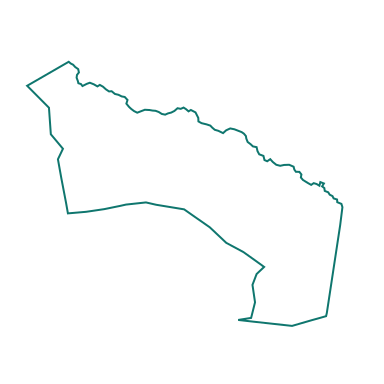 Capitão de Campos, Piauí, Brazil, rotated 351°
{"feature_id": "56859067B28975219181336", "entity_name": "Capitão de Campos", "entity_type": "district", "adm_level": 2, "iso_a3": "BRA", "parent_name": "Brazil", "parent_adm1": "Piauí", "projection": "mercator", "projection_center": [-41.893, -4.526], "detail": "fine", "context": "isolated", "style": "outline", "palette": "teal", "viewbox_px": 384, "rotation_deg": 351, "n_neighbors": 0, "source": "geoboundaries", "source_scale": "gbopen_adm2", "svg_char_len": 1807}
<svg xmlns="http://www.w3.org/2000/svg" viewBox="0 0 384 384"><g transform="rotate(351 192 192)"><path d="M61.6,112.9L71.3,129.1L64.7,138.7L65.1,158.1L65.9,182.9L66.1,193.7L84.3,195.0L102.7,195.2L116.0,194.6L118.5,194.5L124.8,194.1L144.9,195.1L154.6,199.0L181.5,207.9L191.2,217.3L204.0,229.6L217.9,247.6L233.4,259.4L244.0,269.8L251.5,277.3L243.0,283.1L237.2,293.2L237.0,310.8L230.7,325.6L217.6,325.6L231.7,329.5L269.9,339.9L290.6,337.3L298.5,336.4L305.0,335.6L306.2,332.7L333.2,247.8L338.2,230.5L337.7,227.1L333.9,224.8L334.1,222.1L330.9,220.5L330.1,218.0L327.6,216.2L326.5,213.6L323.3,211.7L323.3,208.8L321.4,206.8L323.6,204.2L320.3,202.3L318.8,205.7L316.3,203.6L313.6,202.3L310.8,203.6L307.8,201.2L303.5,197.5L301.8,194.7L302.8,191.8L301.2,188.9L297.8,188.3L296.6,185.9L296.3,182.9L292.2,180.3L287.2,179.7L283.2,179.9L279.5,178.3L276.5,175.0L274.4,171.8L271.1,173.4L268.6,171.8L268.2,167.5L264.3,165.3L263.1,161.9L262.8,157.8L259.3,156.5L257.4,154.0L254.8,151.3L254.0,147.7L254.0,145.2L252.4,142.5L250.4,140.6L247.3,138.8L243.7,136.7L239.7,135.2L235.4,136.4L231.9,138.7L227.6,135.7L224.2,134.1L222.0,131.5L220.5,129.3L217.0,127.5L212.2,125.5L209.4,123.3L209.8,119.8L207.9,113.9L203.7,110.8L201.2,111.8L199.0,109.2L196.9,107.3L193.9,108.1L190.8,107.0L187.3,109.2L183.9,110.3L180.6,110.6L177.6,111.4L174.4,110.2L171.7,107.8L168.7,106.1L165.8,105.4L162.9,104.4L158.3,103.4L154.5,104.2L150.3,105.1L147.4,103.0L145.0,100.5L143.2,98.2L141.0,94.5L142.7,91.0L140.4,87.6L137.5,86.6L134.6,84.5L131.2,83.1L128.4,79.9L125.8,79.7L123.0,77.1L120.6,74.1L117.7,71.8L115.1,72.9L111.9,70.3L108.2,68.1L105.1,68.7L100.4,70.2L99.2,68.0L96.8,66.8L96.6,64.4L95.9,61.1L96.7,58.4L99.0,56.2L98.8,52.8L96.2,50.3L94.5,47.7L92.3,46.1L90.6,44.1L45.8,61.3L63.9,86.4L61.6,112.9Z" fill="none" stroke="#0f766e" stroke-width="2"/></g></svg>